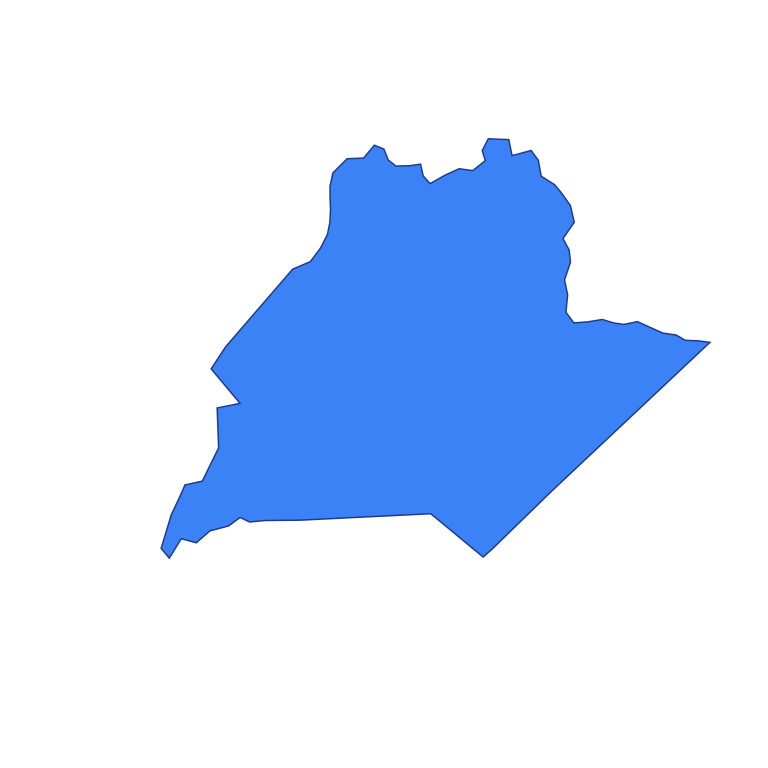 outline of Peritiba, Santa Catarina, Brazil, rotated 50°
{"feature_id": "56859067B55154710443885", "entity_name": "Peritiba", "entity_type": "district", "adm_level": 2, "iso_a3": "BRA", "parent_name": "Brazil", "parent_adm1": "Santa Catarina", "projection": "equal_earth", "projection_center": [-51.887, -27.362], "detail": "fine", "context": "isolated", "style": "filled", "palette": "blue", "viewbox_px": 768, "rotation_deg": 50, "n_neighbors": 0, "source": "geoboundaries", "source_scale": "gbopen_adm2", "svg_char_len": 1106}
<svg xmlns="http://www.w3.org/2000/svg" viewBox="0 0 768 768"><g transform="rotate(50 384 384)"><path d="M366.7,660.4L379.4,660.4L372.2,638.8L385.0,629.8L384.6,611.9L392.8,594.3L393.8,580.0L403.3,575.7L411.7,563.4L434.6,535.5L513.4,431.6L524.5,429.5L580.3,419.3L579.9,406.3L573.8,323.7L561.6,107.6L552.9,115.6L544.1,125.2L534.3,128.7L524.2,137.7L510.4,144.4L499.2,149.7L492.5,162.0L484.7,168.9L474.9,175.3L467.3,188.1L459.2,199.3L446.0,198.5L433.7,186.0L420.3,178.8L410.5,162.8L400.4,156.1L387.6,153.4L382.4,134.3L367.1,126.5L351.1,125.2L341.0,125.2L325.8,130.0L311.9,122.0L299.7,121.2L291.3,139.1L277.0,131.3L263.2,146.5L268.4,158.8L278.0,162.8L277.6,178.8L267.4,188.1L263.2,203.3L260.2,219.8L249.9,220.3L239.1,214.7L233.1,224.3L224.8,234.7L215.2,236.8L204.0,233.1L194.9,237.9L197.8,254.4L187.7,267.5L189.5,287.5L197.7,298.1L206.6,305.6L215.6,312.5L225.4,321.6L233.1,331.2L239.1,345.3L242.9,361.8L237.3,380.2L253.7,481.4L261.3,506.7L289.4,506.7L306.3,506.7L295.1,527.2L326.6,551.7L341.6,585.6L333.4,601.3L339.0,612.7L347.5,631.1L366.7,660.4Z" fill="#3b82f6" stroke="#1e3a8a" stroke-width="1.5"/></g></svg>